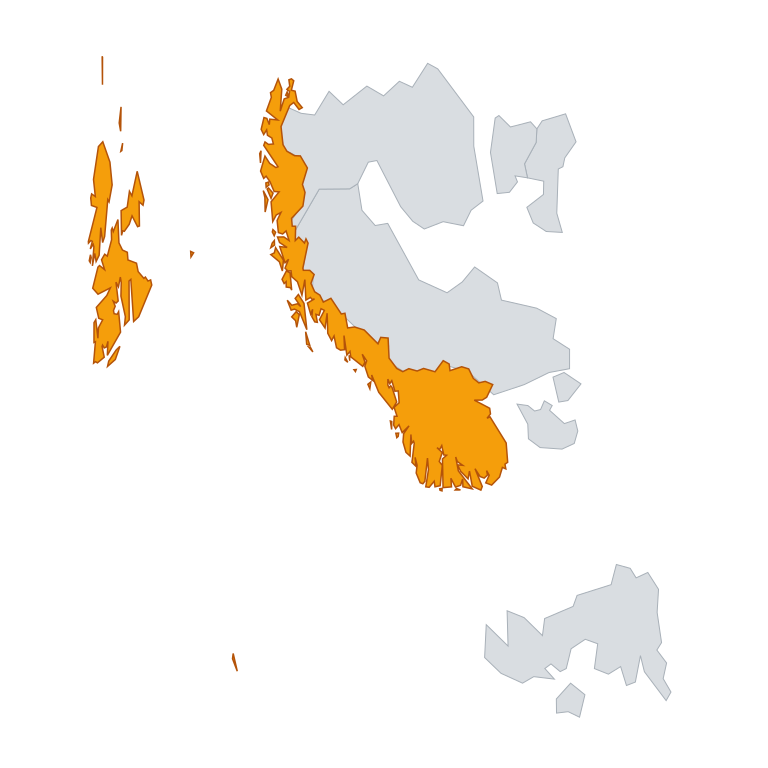 Norway highlighted, Natural Earth projection, rotated 273°
{"feature_id": "NOR", "entity_name": "Norway", "entity_type": "country or territory", "adm_level": 0, "iso_a3": "NOR", "parent_name": "Europe", "parent_adm1": "", "projection": "natural_earth1", "projection_center": [16.239, 69.249], "detail": "fine", "context": "with_neighbors", "style": "filled", "palette": "amber", "viewbox_px": 768, "rotation_deg": 273, "n_neighbors": 6, "source": "natural_earth", "source_scale": "50m", "svg_char_len": 8558}
<svg xmlns="http://www.w3.org/2000/svg" viewBox="0 0 768 768"><g transform="rotate(273 384 384)"><path d="M379.0,494.1L400.4,467.6L406.3,443.2L396.3,432.7L396.1,405.4L406.8,386.3L422.4,386.7L428.0,378.7L422.4,371.8L446.8,343.6L472.3,307.6L486.9,307.6L490.8,296.7L519.3,299.8L521.2,287.0L530.5,286.2L575.2,309.1L577.1,339.5L582.7,347.3L556.3,352.9L541.8,366.9L544.6,379.3L489.8,413.2L478.4,442.2L490.0,456.8L505.6,468.4L490.9,492.0L473.9,496.9L467.7,532.5L458.3,552.6L438.1,550.5L428.4,567.5L409.0,568.5L404.1,548.2L390.7,524.0L379.0,494.1Z" fill="#d9dde1" stroke="#a8b0b8" stroke-width="1"/><path d="M646.8,523.3L655.1,528.2L663.3,551.2L635.9,563.1L619.3,552.7L610.4,551.3L607.8,546.8L563.6,547.6L544.7,554.1L544.8,538.0L552.6,524.6L567.9,517.4L581.6,533.3L594.9,532.9L597.4,516.5L611.2,512.8L633.2,523.3L646.8,523.3Z" fill="#d9dde1" stroke="#a8b0b8" stroke-width="1"/><path d="M655.4,481.1L658.1,484.7L647.3,496.8L653.5,516.6L646.8,523.3L633.2,523.3L611.2,512.8L597.4,516.5L598.7,504.0L592.8,506.7L582.0,499.2L580.1,487.1L620.8,478.2L655.4,481.1Z" fill="#d9dde1" stroke="#a8b0b8" stroke-width="1"/><path d="M358.1,576.7L347.2,580.0L334.6,577.1L328.3,565.2L328.7,543.2L336.8,531.1L351.4,529.7L370.9,517.9L370.0,528.8L364.9,535.8L366.7,541.7L375.6,545.0L371.3,553.1L366.4,550.7L353.9,566.2L358.1,576.7ZM399.7,552.4L404.9,563.2L394.4,580.7L377.1,568.5L375.1,559.5L399.7,552.4Z" fill="#d9dde1" stroke="#a8b0b8" stroke-width="1"/><path d="M84.2,600.9L61.5,596.7L66.4,585.1L64.4,573.5L78.5,572.6L95.0,586.0L84.2,600.9ZM135.8,611.0L139.6,598.3L129.4,584.7L109.4,580.9L106.0,575.0L113.2,565.4L108.3,559.5L98.2,569.6L99.6,548.9L92.5,538.0L101.2,516.0L116.1,498.8L149.0,498.7L128.8,521.6L164.0,518.8L158.0,536.2L141.0,555.4L158.2,556.7L171.8,584.5L183.0,587.9L195.5,621.3L215.9,625.5L212.8,639.5L203.6,645.9L209.6,657.3L193.3,668.9L170.2,668.7L140.3,674.7L132.6,670.4L120.2,680.8L104.4,678.2L91.4,686.7L82.6,682.3L110.3,659.1L126.2,654.3L99.5,650.6L95.6,641.9L114.2,635.1L106.0,623.3L110.8,609.0L135.8,611.0Z" fill="#d9dde1" stroke="#a8b0b8" stroke-width="1"/><path d="M650.0,287.0L649.0,300.7L673.4,313.8L660.7,328.6L680.6,351.3L671.7,368.5L687.1,383.5L681.8,396.8L706.5,410.8L701.5,421.2L655.4,459.6L626.2,461.2L571.9,473.3L562.1,461.9L546.2,455.1L549.2,434.6L540.9,416.1L548.0,404.2L561.9,391.4L606.8,365.2L604.7,356.7L582.7,347.3L577.1,339.5L575.2,309.1L530.5,286.2L539.3,281.1L556.4,291.4L576.1,290.4L592.5,295.1L606.3,286.5L612.7,272.3L635.4,265.8L655.2,273.4L650.0,287.0Z" fill="#d9dde1" stroke="#a8b0b8" stroke-width="1"/><path d="M536.9,287.5L522.6,287.9L526.2,291.2L520.6,297.2L524.8,298.5L520.7,300.8L495.4,296.9L493.3,297.5L493.6,303.9L489.7,308.5L480.7,305.8L472.5,309.9L469.4,315.3L462.6,319.1L466.8,326.5L451.7,337.7L452.6,341.3L438.1,344.8L439.4,351.6L436.9,361.4L423.8,375.9L430.4,378.3L430.1,385.7L410.1,387.7L400.2,395.9L397.3,402.1L400.6,408.0L398.7,416.4L401.6,422.7L398.9,434.3L410.4,441.9L407.4,448.0L400.8,449.2L405.3,460.7L403.5,467.8L394.3,472.9L390.1,478.6L391.9,484.9L389.1,492.6L376.1,487.2L373.1,482.9L372.6,475.0L365.3,490.8L359.7,491.9L355.2,488.7L356.7,491.6L331.5,509.1L312.3,511.6L310.3,509.0L305.6,510.1L306.9,506.6L297.1,504.2L288.7,496.8L290.6,490.8L298.4,493.8L302.9,491.0L298.5,492.1L295.3,489.0L296.6,484.8L304.2,479.3L286.8,487.5L283.1,486.3L286.5,477.5L301.5,473.9L293.7,472.9L300.8,465.2L307.1,461.6L306.9,466.9L310.4,461.3L314.9,459.4L301.1,462.8L283.9,477.6L285.5,468.2L293.3,467.5L286.9,465.8L284.8,460.8L293.4,455.7L284.8,456.8L283.6,448.4L312.2,446.3L316.1,450.2L316.3,447.4L325.5,444.9L321.5,443.0L323.2,440.2L318.6,445.8L309.5,443.2L305.8,446.5L285.4,445.4L284.0,440.3L289.5,439.2L283.2,434.5L283.5,431.1L300.8,432.9L312.3,431.3L289.0,429.9L286.4,428.0L287.3,425.3L296.8,420.8L304.6,421.3L312.4,418.9L303.5,420.2L307.2,416.0L326.4,417.3L328.4,416.5L326.1,414.8L335.0,413.5L313.4,413.8L316.9,409.5L327.1,406.0L335.4,406.2L343.5,411.2L336.4,404.7L344.2,401.1L340.0,397.9L343.5,395.8L352.3,395.9L352.5,398.7L361.2,395.3L366.1,400.1L377.8,398.6L377.4,395.3L387.7,391.6L384.6,389.7L389.1,387.6L383.1,387.9L380.5,389.3L382.6,390.8L380.8,392.3L366.7,397.6L359.2,393.6L375.4,379.2L392.4,371.2L387.1,372.4L390.2,368.0L400.8,363.9L406.2,365.5L412.6,360.7L404.8,363.8L400.5,361.9L409.4,349.4L414.7,348.3L410.9,345.4L430.3,341.5L416.2,342.8L415.5,338.8L417.7,334.7L429.3,331.6L424.6,329.4L431.7,325.2L451.7,323.5L436.8,322.2L444.8,316.2L454.4,320.6L455.9,317.2L449.2,315.6L450.0,312.4L442.1,314.2L442.4,311.6L447.5,308.4L454.9,308.8L449.9,307.1L460.8,303.3L465.4,310.2L464.6,307.8L466.6,306.0L463.7,301.6L484.1,299.5L468.4,297.4L481.6,292.2L486.3,286.3L492.2,285.2L491.9,282.0L494.5,279.1L503.6,282.2L499.8,278.8L515.8,272.7L515.3,280.1L519.8,272.3L525.2,270.0L525.6,276.3L522.3,281.7L531.7,278.2L528.5,274.9L529.7,270.6L541.7,268.7L549.9,272.1L547.2,267.6L540.4,264.4L560.0,261.7L570.4,269.2L570.5,264.2L580.0,259.6L585.4,255.4L583.0,253.1L590.2,249.6L605.4,253.2L598.3,258.3L594.5,264.7L595.4,266.8L616.0,251.4L619.5,252.5L617.2,256.1L617.9,261.0L623.8,259.1L626.3,254.6L631.6,253.5L626.8,250.8L631.9,248.0L643.8,250.2L643.1,253.1L637.0,255.9L642.5,256.1L642.1,264.1L650.5,252.3L664.3,256.5L669.0,255.4L671.5,258.5L683.0,262.3L673.1,266.5L651.0,266.1L663.5,269.4L665.3,273.8L671.3,274.4L673.2,271.6L676.4,274.3L682.8,273.1L683.9,275.6L682.1,278.0L672.5,276.1L671.8,279.9L661.6,282.5L655.7,287.9L653.7,284.8L660.4,279.1L657.2,275.3L635.7,267.7L617.7,270.6L611.3,274.9L607.3,282.8L607.4,288.5L595.7,296.2L579.0,292.1L571.2,295.1L557.4,293.7L544.6,283.0L536.8,284.1L536.9,287.5ZM464.4,88.1L485.7,92.2L487.4,93.7L483.6,99.0L493.3,95.4L499.0,98.3L497.2,101.0L513.8,104.4L523.5,103.6L525.6,104.4L522.1,105.7L534.3,109.7L511.1,111.9L504.1,115.8L502.1,120.8L494.5,121.8L491.7,130.5L483.4,132.6L476.9,138.7L478.3,140.1L474.5,142.9L475.7,145.5L470.7,146.9L438.3,135.5L433.3,130.7L475.2,125.7L473.5,124.0L434.7,126.2L429.2,121.8L437.7,122.2L458.0,116.7L471.6,116.3L477.0,115.1L467.1,113.7L471.7,111.0L453.0,114.2L450.8,112.2L452.6,109.2L447.6,111.5L443.2,110.0L440.1,110.8L439.6,113.9L442.4,115.2L422.0,118.2L398.1,106.2L412.2,106.1L406.5,104.9L405.4,102.8L408.1,100.9L406.7,100.5L396.1,103.2L390.1,96.7L391.2,94.8L389.6,92.9L411.1,93.6L410.3,92.2L430.1,91.2L433.1,92.8L414.7,95.9L425.1,95.9L433.4,99.7L434.7,95.7L445.4,92.7L457.8,102.5L465.7,105.7L458.7,93.7L464.4,88.1ZM510.8,81.3L545.3,88.1L547.0,82.5L554.4,81.4L558.5,82.1L556.1,85.9L573.1,83.2L606.2,86.4L611.2,90.5L591.2,98.7L568.6,102.1L551.5,99.9L553.7,98.5L516.7,97.3L510.5,95.6L525.3,93.0L497.7,92.8L491.3,90.1L499.3,88.3L486.7,86.6L505.8,87.1L508.3,86.3L503.5,83.6L511.2,85.3L511.9,83.7L509.2,81.5L510.8,81.3ZM518.7,114.1L543.4,112.4L547.2,118.3L563.1,119.7L558.7,122.4L583.5,126.4L555.1,134.7L549.9,134.0L553.2,129.9L529.0,131.5L528.2,129.7L538.7,123.6L530.1,121.2L522.9,116.7L523.3,115.1L518.7,114.1ZM457.0,296.8L464.8,290.8L468.9,293.8L460.3,299.9L434.2,304.1L451.8,295.8L454.1,290.7L452.9,287.4L462.6,283.0L457.8,287.8L459.6,293.5L457.0,296.8ZM483.2,276.7L491.8,280.6L490.0,284.4L472.9,286.9L475.3,285.6L475.7,281.3L481.1,280.9L479.1,279.0L483.2,276.7ZM509.2,267.6L514.5,268.6L502.4,277.1L491.5,276.6L500.6,273.1L507.3,264.2L509.2,267.6ZM392.5,107.9L404.0,114.8L407.8,118.3L394.4,114.4L387.1,107.0L392.5,107.9ZM446.2,288.3L451.6,292.5L448.9,295.8L436.1,293.9L442.6,292.4L446.2,288.3ZM570.8,253.3L562.0,258.5L549.5,256.3L563.9,255.3L570.8,253.3ZM573.7,258.4L568.8,263.2L563.5,261.5L572.6,257.1L573.7,258.4ZM419.7,304.7L432.1,303.0L418.6,307.9L419.7,304.7ZM107.0,247.5L89.5,252.5L101.7,247.1L107.0,247.5ZM695.6,85.8L668.1,87.2L696.5,85.4L695.6,85.8ZM630.8,105.9L647.0,106.9L622.6,107.8L630.8,105.9ZM598.3,249.1L607.5,247.8L610.5,249.0L598.3,249.1ZM579.6,258.0L576.8,258.8L574.3,256.0L578.6,255.5L579.6,258.0ZM532.4,265.0L529.9,267.8L526.3,266.6L530.0,264.5L532.4,265.0ZM506.3,184.0L505.1,187.0L500.8,184.6L506.3,184.0ZM610.9,110.4L603.4,110.0L602.6,109.0L610.9,110.4ZM382.9,367.9L385.3,370.7L378.5,370.1L382.9,367.9ZM514.2,263.8L518.9,265.0L521.6,267.0L517.0,267.4L514.2,263.8ZM497.7,84.1L494.8,85.0L489.9,84.3L491.6,83.2L497.7,84.1ZM346.9,393.7L339.0,394.0L347.3,392.3L346.9,393.7ZM335.7,401.2L332.4,400.9L331.1,399.6L335.4,398.4L335.7,401.2ZM416.6,308.7L412.3,311.3L417.0,306.9L416.6,308.7ZM283.4,461.9L282.2,465.9L281.9,460.7L283.4,461.9ZM408.4,343.9L403.8,346.7L406.0,343.7L408.4,343.9ZM670.6,272.0L666.4,273.4L666.0,272.9L667.2,270.7L670.6,272.0ZM409.9,348.1L405.4,348.6L410.8,347.6L409.9,348.1ZM396.7,353.3L397.0,355.5L394.9,354.8L396.7,353.3ZM282.8,447.5L280.3,447.5L280.8,445.5L282.3,445.1L282.8,447.5Z" fill="#f59e0b" stroke="#b45309" stroke-width="1.5"/></g></svg>